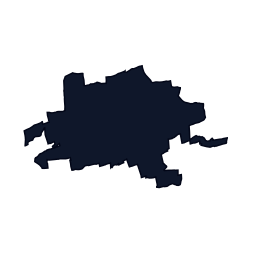 the district of Botesti, Vaslui, Romania, rotated 107°
{"feature_id": "2599482B66612937018908", "entity_name": "Botesti", "entity_type": "district", "adm_level": 2, "iso_a3": "ROU", "parent_name": "Romania", "parent_adm1": "Vaslui", "projection": "robinson", "projection_center": [27.902, 46.78], "detail": "fine", "context": "isolated", "style": "filled", "palette": "ink", "viewbox_px": 256, "rotation_deg": 107, "n_neighbors": 0, "source": "geoboundaries", "source_scale": "gbopen_adm2", "svg_char_len": 5811}
<svg xmlns="http://www.w3.org/2000/svg" viewBox="0 0 256 256"><g transform="rotate(107 128 128)"><path d="M184.7,169.3L184.2,168.0L182.9,166.3L182.3,163.5L181.7,162.1L180.7,160.4L180.6,160.2L179.3,159.4L177.2,158.4L176.5,157.7L175.5,155.9L175.4,154.8L175.1,154.2L173.1,151.0L172.1,149.1L171.9,148.6L172.0,148.2L171.7,147.5L171.2,146.9L170.2,145.3L172.9,143.8L170.8,140.5L170.5,140.3L170.1,139.8L169.9,139.5L170.0,139.3L169.0,138.3L167.9,136.7L166.7,134.5L170.8,132.9L170.5,132.8L170.4,132.1L170.5,131.8L169.9,131.5L168.6,131.4L167.1,130.1L166.8,129.4L166.6,128.1L165.7,126.5L164.9,126.9L164.7,126.6L165.9,125.9L163.5,123.4L162.4,122.0L161.0,123.0L159.1,121.0L158.2,120.2L164.7,115.3L164.7,115.1L164.0,114.4L163.1,112.8L161.1,110.3L160.2,108.5L160.0,108.3L169.3,101.7L171.4,100.7L168.8,96.8L170.4,96.3L169.8,95.4L169.7,95.0L169.5,92.8L168.8,90.8L168.1,89.2L167.2,87.8L166.7,87.2L173.1,83.7L174.6,83.1L175.1,83.1L175.5,83.4L176.2,83.2L175.8,80.8L173.6,77.2L173.4,76.3L173.3,75.7L173.0,75.2L172.4,73.7L171.2,72.6L170.2,71.9L168.6,69.8L168.2,69.2L168.1,68.9L168.4,67.0L168.2,66.3L168.5,64.8L168.3,63.8L168.1,63.0L167.4,62.1L167.0,61.7L166.8,61.6L165.9,61.6L163.4,61.9L161.3,61.9L160.8,62.0L157.0,63.4L158.6,66.4L153.7,67.9L154.6,70.4L154.7,71.3L155.7,74.0L156.7,77.2L157.0,78.0L157.2,78.6L157.5,79.0L157.7,79.9L158.1,80.7L158.1,81.0L157.8,81.2L157.3,81.3L154.0,79.7L153.5,79.8L153.1,80.2L152.9,81.0L151.7,83.2L151.7,83.6L151.7,83.9L143.9,88.4L143.7,88.2L142.9,88.0L142.3,87.5L141.9,86.9L140.7,86.1L139.7,85.0L138.4,83.4L137.1,84.1L135.6,82.8L126.9,86.2L126.3,84.7L125.2,82.8L124.8,82.8L124.3,82.0L123.2,80.8L122.1,80.2L121.7,79.7L121.2,79.6L119.1,78.0L118.4,76.2L126.7,71.9L125.6,69.9L124.7,69.0L123.3,67.3L122.7,66.7L122.5,66.3L122.5,66.0L122.2,65.3L122.2,64.9L124.7,64.0L125.0,63.8L123.3,61.3L122.8,59.9L122.2,58.9L119.6,55.8L119.6,55.6L122.3,54.6L121.8,53.0L123.1,53.0L122.8,47.4L122.3,43.9L121.3,42.5L120.7,41.9L120.3,41.0L120.3,39.8L119.7,39.1L119.5,38.3L119.1,38.0L118.7,37.1L118.4,36.9L117.1,34.8L115.8,33.0L113.9,29.7L112.8,29.6L112.3,29.9L111.5,30.0L109.1,30.2L108.7,30.1L108.4,30.2L110.3,33.9L111.0,34.7L112.0,37.2L114.6,42.5L114.3,42.8L114.7,43.6L114.6,43.8L113.8,44.0L113.5,44.0L113.3,44.1L113.2,44.4L113.3,44.6L113.8,44.8L114.4,45.2L114.9,45.7L115.4,45.8L116.2,45.7L117.5,48.4L117.3,49.6L117.3,50.3L116.6,50.8L115.3,52.3L114.7,54.6L115.3,55.4L115.4,56.0L115.1,57.0L115.6,58.3L115.7,59.3L115.4,60.6L116.7,61.9L117.2,62.3L118.2,63.2L119.0,63.6L120.8,65.3L120.2,65.8L112.9,68.4L109.0,69.9L108.0,70.2L107.4,69.8L106.3,68.4L106.1,68.0L104.9,66.3L104.0,65.5L102.1,62.2L101.6,61.5L100.9,60.9L98.7,58.5L98.0,57.9L97.3,57.6L96.7,57.5L95.3,57.1L95.0,57.2L94.6,57.5L92.9,58.5L89.6,59.8L88.1,60.9L87.7,61.4L87.2,61.7L85.9,62.2L85.3,62.2L83.2,62.8L82.8,63.0L82.7,63.4L83.0,63.8L83.1,64.7L83.4,66.1L83.4,67.1L84.1,68.9L84.1,69.5L83.8,69.7L84.1,71.0L84.5,71.7L86.0,73.5L86.1,73.8L86.1,74.1L86.3,75.0L86.6,75.3L86.6,76.0L86.5,77.0L86.8,81.0L86.7,81.9L86.3,83.3L85.7,84.7L82.9,89.1L82.9,89.3L82.5,89.4L79.2,89.3L77.7,89.5L75.2,89.5L74.2,89.8L74.4,90.6L74.4,91.5L74.4,92.3L74.3,92.7L75.6,95.7L75.8,97.2L75.8,98.2L75.4,98.5L75.1,98.9L70.5,101.2L71.6,103.1L71.8,103.8L72.0,105.1L73.0,106.8L73.4,107.7L73.9,108.5L75.0,111.3L75.6,113.9L75.9,114.9L77.5,117.7L77.4,118.4L77.1,119.2L77.0,119.6L76.7,119.6L75.9,120.2L72.2,126.6L71.1,127.9L71.0,128.2L69.7,129.4L66.4,131.7L64.4,132.7L65.2,134.0L65.8,135.2L66.8,136.4L67.7,137.3L69.7,139.8L70.1,141.3L70.9,142.2L72.0,142.9L75.2,145.7L75.3,147.5L74.4,147.6L74.8,147.9L76.3,149.7L77.5,151.2L78.8,153.2L80.9,155.0L82.6,157.2L83.9,159.2L84.4,160.4L84.7,161.4L85.7,163.8L88.6,162.7L91.7,161.9L91.9,162.9L92.4,163.9L92.7,165.0L93.4,166.3L93.4,166.9L93.2,167.1L93.2,167.4L93.5,167.7L93.5,168.0L93.1,169.1L93.3,169.4L93.3,170.9L93.4,171.1L94.1,171.4L94.7,172.5L95.9,173.7L96.0,174.4L96.4,175.1L96.8,176.6L98.2,177.7L99.0,179.4L99.9,180.8L100.3,182.2L95.1,184.2L91.6,186.2L89.1,187.1L89.1,187.4L89.5,188.6L90.7,191.2L91.1,192.7L91.6,196.3L91.4,196.9L97.1,203.0L101.5,203.2L108.9,200.6L110.5,200.2L111.1,200.2L112.8,199.4L115.7,198.4L116.9,197.7L118.6,197.3L121.4,196.3L125.2,194.8L126.4,194.4L128.7,193.8L129.8,193.4L130.1,193.9L130.7,194.4L131.3,195.2L131.6,195.8L131.8,196.9L132.3,197.9L132.3,198.6L132.9,199.9L133.0,200.3L133.6,201.1L134.1,201.5L134.6,202.8L134.9,203.2L135.5,204.3L135.8,205.2L136.1,206.3L136.1,207.7L136.7,209.8L139.6,208.6L142.9,206.5L143.9,206.1L144.6,205.4L145.5,205.1L146.2,206.6L147.1,207.3L147.6,208.2L149.3,210.4L147.1,211.8L147.4,212.2L148.5,212.8L150.9,215.8L151.9,217.2L152.3,217.9L153.0,218.7L154.5,219.7L157.0,221.8L159.0,224.2L161.1,226.4L165.4,224.1L167.2,223.3L168.1,223.0L168.7,222.7L175.0,221.2L174.9,220.9L174.4,220.3L173.0,218.9L172.5,219.1L171.6,219.4L170.6,219.4L169.1,218.1L168.2,216.9L167.7,216.1L167.4,215.7L165.1,215.4L164.4,215.0L163.3,214.1L161.9,210.6L160.9,209.4L160.2,209.2L159.4,209.2L158.5,209.5L156.7,209.1L154.9,208.5L153.8,208.3L152.9,208.4L152.2,207.7L158.6,205.2L160.7,203.8L161.1,203.4L161.9,202.9L165.7,200.2L166.5,199.8L165.2,197.8L165.3,197.5L162.5,194.6L164.6,193.1L166.1,193.8L166.8,194.4L167.7,194.8L168.8,193.6L168.8,193.3L168.3,193.0L167.4,192.0L166.8,191.5L163.5,189.7L162.9,189.2L164.8,188.0L165.4,188.6L169.1,193.2L169.1,193.5L169.5,194.3L170.5,195.2L171.4,197.1L172.8,199.1L173.7,199.4L174.2,200.2L174.6,200.8L177.0,202.6L178.4,204.5L179.3,205.1L180.5,205.5L181.5,205.9L182.7,206.8L183.5,207.7L184.2,207.5L184.5,207.9L187.4,207.3L188.3,204.1L189.1,201.7L191.0,198.6L191.6,198.3L191.3,197.1L190.9,195.9L189.7,192.9L185.4,194.7L184.8,195.4L184.4,195.6L183.9,195.8L183.1,195.8L181.9,196.1L181.9,195.2L181.6,193.9L179.4,188.6L178.3,186.1L178.0,185.2L177.3,184.2L175.6,178.6L175.0,177.4L173.2,174.5L175.4,173.3L175.8,174.1L178.7,172.5L181.5,171.3L184.7,169.3Z" fill="#0f172a" stroke="#020617" stroke-width="1.5"/></g></svg>